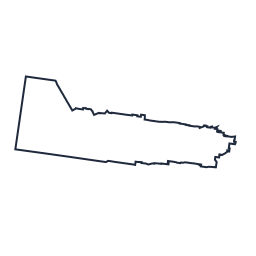 outline of Kondinin, Western Australia, Australia, rotated 188°
{"feature_id": "25037944B57185706761007", "entity_name": "Kondinin", "entity_type": "district", "adm_level": 2, "iso_a3": "AUS", "parent_name": "Australia", "parent_adm1": "Western Australia", "projection": "robinson", "projection_center": [118.78, -32.484], "detail": "fine", "context": "isolated", "style": "outline", "palette": "slate", "viewbox_px": 256, "rotation_deg": 188, "n_neighbors": 0, "source": "geoboundaries", "source_scale": "gbopen_adm2", "svg_char_len": 3741}
<svg xmlns="http://www.w3.org/2000/svg" viewBox="0 0 256 256"><g transform="rotate(188 128 128)"><path d="M19.5,128.3L19.5,128.7L19.4,129.1L21.1,129.1L21.2,130.7L20.8,130.8L20.8,134.5L21.1,134.4L22.3,134.1L24.1,133.6L26.5,133.6L27.5,133.6L28.8,133.6L28.8,134.0L29.9,134.0L29.9,133.4L31.5,133.4L31.5,134.5L32.5,134.5L32.5,135.5L32.5,136.6L34.2,136.6L35.2,136.6L35.8,136.6L35.8,138.0L37.4,138.0L37.4,136.5L38.0,136.5L38.0,137.0L39.3,136.9L39.3,139.3L41.4,139.3L40.2,141.2L40.1,141.3L40.0,141.5L41.3,140.7L41.3,140.3L45.2,140.3L45.2,141.1L46.6,140.5L46.6,139.8L47.5,139.8L49.7,139.8L49.7,140.8L50.6,140.8L50.9,140.6L51.1,140.6L51.3,140.8L51.7,140.8L51.7,141.3L53.1,141.1L53.4,140.0L55.7,138.8L56.9,138.1L57.0,139.1L58.7,139.2L60.1,139.2L62.3,138.8L65.5,138.8L67.6,138.8L67.6,139.3L68.5,139.3L68.5,139.1L69.6,139.1L71.2,139.1L71.2,139.6L75.4,139.6L77.5,139.6L77.5,140.1L79.6,140.1L82.0,140.1L83.4,140.1L86.1,139.7L88.2,139.4L90.3,139.4L91.6,139.4L92.7,139.2L93.8,139.1L94.4,139.0L94.5,138.9L96.2,138.7L98.0,138.5L98.9,138.5L101.7,138.5L102.6,138.5L102.8,138.6L103.0,138.5L104.9,138.5L105.9,138.5L107.5,138.5L108.0,138.5L109.3,138.7L112.7,138.7L112.7,139.7L113.1,143.0L114.7,143.0L116.9,143.0L116.9,140.9L120.4,140.9L120.4,141.9L121.6,141.9L124.8,141.9L125.6,141.9L125.6,141.0L130.7,140.9L133.1,140.9L137.2,140.9L139.7,140.9L143.9,140.9L146.3,140.9L146.4,140.4L146.9,140.4L148.9,140.4L150.2,141.5L150.3,141.5L151.1,142.2L152.9,139.2L155.4,139.0L156.9,139.0L157.2,139.0L157.3,138.9L157.8,138.6L158.4,138.6L158.7,138.7L158.8,138.7L158.9,138.9L159.2,138.9L159.5,138.6L160.4,138.1L160.9,137.8L162.7,136.7L163.0,136.7L163.4,136.3L164.4,137.7L165.2,138.9L165.3,139.1L165.4,139.6L165.9,139.8L166.6,140.6L166.9,140.9L167.2,141.2L167.4,141.2L167.5,141.3L167.9,141.4L168.2,141.4L169.4,141.3L169.9,141.4L170.3,141.1L170.8,141.2L171.4,141.4L171.3,141.2L171.5,141.2L172.9,141.4L173.1,141.6L173.4,141.6L175.2,141.6L175.2,140.1L176.7,140.1L179.3,140.1L182.4,140.3L182.4,139.9L185.6,137.6L186.0,138.1L186.6,138.9L187.5,140.0L188.1,140.7L188.1,140.8L188.8,141.6L189.3,142.2L189.8,143.0L190.4,143.7L190.7,144.1L191.8,145.4L192.8,146.7L193.9,148.2L195.4,150.0L196.0,150.8L197.1,152.3L197.6,152.9L197.9,153.2L198.9,154.5L200.1,156.0L200.9,157.1L201.8,158.2L202.1,158.6L204.5,161.6L204.8,162.3L205.3,163.3L206.4,164.8L207.6,164.8L209.4,164.8L210.5,164.8L211.7,164.8L213.5,164.8L215.2,164.8L217.6,164.8L219.9,164.8L222.2,164.8L225.2,164.8L228.1,164.8L231.0,164.8L235.1,164.8L236.3,164.8L236.3,163.6L236.6,91.2L207.8,91.3L206.6,91.3L203.0,91.3L202.5,91.3L194.1,91.3L192.9,91.3L188.9,91.3L180.2,91.3L153.3,91.2L145.1,91.2L143.1,92.7L140.0,92.7L137.4,92.6L125.7,92.6L117.6,92.6L115.8,92.5L115.8,95.7L114.1,95.7L109.8,96.1L109.8,95.2L105.1,95.3L104.0,95.0L102.9,94.7L98.9,96.3L97.6,96.3L97.1,96.3L97.1,96.8L94.3,97.0L91.4,97.1L90.0,97.1L90.0,97.5L82.9,97.6L82.9,99.0L83.8,99.0L83.8,100.9L83.0,100.9L78.7,100.9L78.1,100.9L76.7,100.8L75.7,100.8L75.0,100.6L74.8,100.5L74.6,100.5L73.8,100.5L73.2,100.5L72.3,100.5L71.7,100.5L71.4,100.5L71.2,100.5L71.0,100.8L71.0,101.0L70.9,101.1L70.7,101.2L70.3,101.2L70.2,101.2L69.7,101.2L68.9,101.2L68.5,101.3L67.8,101.6L67.1,101.9L66.9,101.9L64.5,102.0L63.2,102.0L61.5,102.0L59.6,102.0L58.8,102.1L53.7,102.0L52.4,101.4L52.4,102.0L51.2,102.0L50.5,102.0L50.5,100.1L48.5,100.1L44.8,100.1L42.5,100.9L41.2,100.9L40.5,101.1L36.6,101.2L36.6,101.4L35.5,101.4L35.5,104.2L35.5,106.7L37.2,108.4L37.5,108.7L37.5,111.5L35.7,111.5L33.7,111.5L33.8,114.3L33.0,114.2L33.0,114.6L31.9,114.5L31.9,114.2L31.2,114.3L29.6,115.5L28.7,116.1L26.2,118.5L26.6,118.5L26.6,119.7L25.9,119.7L25.9,118.8L24.5,118.8L24.5,122.0L25.4,122.0L25.4,126.8L22.6,126.8L19.8,126.8L19.7,127.2L19.5,127.6L19.5,128.3L19.5,128.3Z" fill="none" stroke="#1e293b" stroke-width="2"/></g></svg>